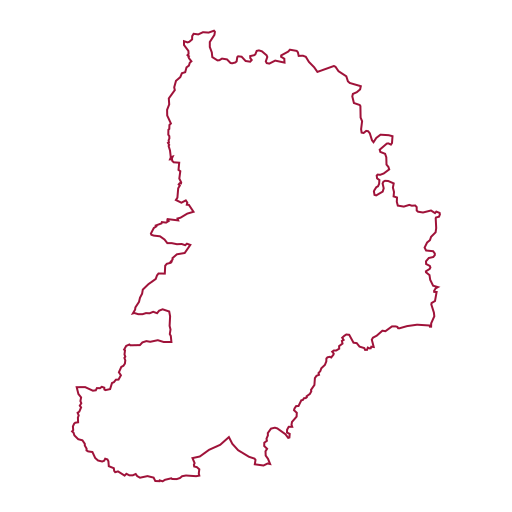 outline of Totatiche, Jalisco, Mexico
{"feature_id": "50627088B28012319931887", "entity_name": "Totatiche", "entity_type": "district", "adm_level": 2, "iso_a3": "MEX", "parent_name": "Mexico", "parent_adm1": "Jalisco", "projection": "orthographic", "projection_center": [-103.496, 21.965], "detail": "fine", "context": "isolated", "style": "outline", "palette": "rose", "viewbox_px": 512, "rotation_deg": 0, "n_neighbors": 0, "source": "geoboundaries", "source_scale": "gbopen_adm2", "svg_char_len": 6007}
<svg xmlns="http://www.w3.org/2000/svg" viewBox="0 0 512 512"><path d="M296.7,50.9L289.9,49.7L288.2,51.6L281.2,55.4L281.1,56.8L284.3,58.7L284.5,62.6L275.2,60.6L269.3,63.6L266.7,63.1L265.8,61.4L267.3,57.0L266.6,55.3L261.9,51.3L258.9,50.4L256.7,50.9L255.3,54.4L254.2,55.2L250.2,56.1L250.3,58.2L251.7,60.0L250.2,61.7L245.6,61.0L241.6,56.7L238.1,56.3L237.3,57.1L236.6,61.4L235.3,62.5L232.1,63.3L230.5,63.0L227.0,59.4L222.0,58.6L219.4,60.2L217.5,60.4L212.3,57.1L211.8,52.4L209.8,47.0L209.8,42.0L214.4,34.9L214.9,31.8L214.0,30.7L208.6,32.6L203.0,32.2L198.3,34.4L193.6,33.8L192.2,36.1L192.1,39.4L189.3,41.8L187.6,42.4L184.0,41.2L184.0,45.0L188.4,50.9L188.6,53.9L187.5,55.1L188.9,56.2L188.4,56.8L189.1,58.4L191.4,61.3L189.8,62.7L188.9,65.6L186.5,67.4L185.2,72.2L181.9,73.2L180.3,77.1L176.0,80.8L174.2,87.3L174.8,90.1L168.8,98.4L169.2,104.4L167.1,109.8L167.2,115.5L170.9,123.5L169.4,125.0L169.3,128.9L168.4,129.8L168.3,134.7L169.3,136.1L169.4,138.3L168.6,140.4L168.9,142.4L168.0,142.9L169.2,144.9L168.6,146.0L170.0,150.5L170.8,157.4L170.0,159.4L171.4,159.3L171.6,157.0L172.7,156.6L171.9,158.4L172.2,160.8L173.7,162.3L179.2,162.7L178.5,169.9L180.3,171.2L179.3,178.6L181.2,182.4L181.0,183.4L179.7,183.2L178.7,184.4L179.8,185.6L178.2,188.3L177.4,197.7L175.9,200.0L181.4,202.7L185.8,200.4L187.3,202.6L186.8,204.7L188.9,204.9L193.5,211.8L187.3,213.6L180.5,217.7L177.5,218.5L178.2,220.4L167.6,219.1L167.3,220.1L168.5,221.1L166.1,222.6L161.9,222.1L161.5,223.4L155.8,225.5L156.3,226.4L153.8,228.0L150.9,233.6L151.4,234.8L153.8,235.6L160.0,236.3L164.5,239.5L167.3,243.1L171.6,243.1L176.9,244.2L181.7,244.0L185.2,245.2L186.9,243.7L190.3,244.9L184.7,253.0L176.9,254.3L172.5,258.1L172.6,259.5L170.6,261.9L171.3,262.1L170.7,262.8L166.8,263.8L165.2,265.7L164.8,273.6L158.5,273.5L157.0,275.4L155.7,279.0L148.5,284.1L142.8,289.6L142.1,293.7L140.0,297.7L139.0,301.9L135.4,307.4L135.1,309.6L132.9,313.4L134.3,313.0L138.3,314.2L142.5,314.2L146.0,313.1L149.6,313.3L153.2,311.8L157.1,313.2L159.1,310.7L162.6,309.3L169.2,311.5L170.1,316.3L169.6,325.9L170.5,329.5L169.8,334.1L170.8,335.9L171.4,342.0L163.7,342.0L157.8,340.2L150.2,341.8L146.4,341.1L142.4,342.4L139.9,345.1L130.3,345.3L129.4,344.5L126.2,345.9L124.1,349.6L125.0,350.3L124.5,354.5L125.3,356.7L124.4,357.9L125.3,360.4L124.9,363.6L123.4,365.8L121.3,366.9L118.9,372.3L120.9,375.3L118.5,379.6L115.9,379.7L113.9,382.2L112.0,383.0L110.1,389.1L105.4,390.1L104.4,389.5L104.3,387.7L101.8,386.8L100.0,388.2L96.9,388.1L95.8,390.3L92.9,390.7L85.1,387.1L76.7,387.2L78.4,394.0L81.1,397.4L80.4,401.1L81.3,403.2L79.8,405.7L81.1,407.4L79.3,411.6L77.6,412.8L78.7,415.4L77.9,417.6L78.1,422.3L75.3,422.7L74.2,423.6L72.9,426.4L73.2,430.1L72.1,431.4L73.5,432.6L74.4,435.4L78.2,439.2L82.4,440.3L84.8,443.8L84.8,445.5L86.6,448.7L86.5,450.4L88.1,451.4L92.4,452.0L95.2,458.0L98.0,460.5L102.2,461.5L104.2,460.7L105.2,458.7L107.4,459.4L108.4,461.2L108.8,466.2L113.8,468.2L114.2,470.9L115.2,472.2L118.0,471.4L124.6,475.6L126.4,473.8L129.3,475.3L132.8,475.3L135.7,474.0L137.2,476.1L140.0,477.7L147.5,476.1L153.6,477.6L155.3,481.0L159.5,481.2L159.7,480.4L162.6,481.3L165.0,479.8L171.3,478.3L172.1,479.0L176.7,479.1L180.0,478.0L182.1,476.2L186.0,475.5L196.1,476.2L199.3,475.6L198.8,473.4L199.3,469.3L196.8,467.1L194.2,466.5L193.9,464.7L194.6,463.1L192.5,458.1L199.8,456.5L209.1,449.8L220.2,444.8L228.9,437.1L232.3,443.8L238.1,450.2L249.0,456.8L254.5,458.6L255.5,459.9L254.8,464.3L263.5,465.5L267.6,463.5L270.1,464.0L268.0,458.8L265.7,455.6L265.5,451.3L267.1,448.8L264.2,446.0L264.3,442.7L266.9,440.8L266.5,438.7L267.9,435.4L267.8,433.1L271.0,428.6L274.9,427.7L277.3,428.4L285.4,434.2L288.2,437.9L289.4,437.5L289.7,433.9L287.0,432.5L287.1,429.7L288.7,426.8L292.2,426.8L291.5,424.7L292.0,421.9L296.6,416.6L296.8,412.8L294.0,410.2L294.5,408.5L296.1,406.1L298.5,406.0L301.3,400.3L302.8,400.0L304.0,398.2L305.7,398.1L306.8,397.2L306.6,396.3L309.9,393.9L311.3,391.3L311.0,389.9L314.4,385.0L314.9,378.1L316.5,375.8L319.0,374.8L318.5,373.1L320.3,371.1L321.3,368.3L324.9,364.9L326.3,361.4L326.4,358.5L327.5,357.3L329.9,356.8L331.2,357.5L333.5,354.6L333.7,353.5L332.2,351.7L333.8,350.5L336.2,350.5L339.2,348.7L339.1,346.1L342.5,343.6L341.9,340.9L343.6,339.9L342.2,337.7L344.3,335.8L346.3,334.5L349.2,334.8L353.5,342.7L356.7,343.1L359.5,346.6L364.3,348.1L365.1,349.9L367.1,349.8L367.8,347.6L369.7,348.4L370.7,348.3L371.3,346.7L373.7,347.0L371.8,339.7L372.9,337.7L376.7,335.7L382.4,330.7L385.4,331.2L392.0,326.4L395.6,326.4L397.4,326.9L398.1,328.2L399.4,328.3L407.1,326.1L417.1,324.7L429.6,325.5L429.9,326.7L431.1,326.7L431.2,323.3L434.3,316.3L433.9,312.6L431.3,304.4L431.6,303.0L435.0,301.0L436.6,292.0L434.2,291.9L434.1,290.9L435.6,288.4L437.9,287.1L433.1,285.7L430.2,279.8L429.5,275.1L426.0,272.3L425.9,271.3L429.7,268.9L430.4,267.5L429.8,265.9L426.1,264.0L426.0,261.3L428.8,258.0L433.3,257.0L434.8,255.1L434.8,253.5L433.1,251.2L426.1,250.5L424.6,247.6L427.1,242.5L429.9,240.2L431.1,236.8L435.6,232.3L436.2,228.1L435.7,218.2L436.0,217.5L439.0,216.7L439.9,214.4L439.6,212.9L436.3,211.6L435.0,213.1L431.0,210.5L423.0,212.5L418.0,211.7L416.7,210.5L416.7,207.1L415.2,205.5L411.8,205.7L409.3,204.9L403.8,206.6L397.8,205.6L396.8,201.8L397.0,197.5L393.6,196.4L394.0,192.0L392.9,187.6L393.7,183.4L388.2,181.0L385.0,180.8L383.4,181.7L382.6,183.5L383.7,188.3L382.7,191.6L376.2,195.4L374.5,194.9L373.9,191.3L374.4,190.2L376.3,187.2L378.0,186.3L379.1,183.9L379.4,180.0L377.1,178.4L376.7,175.6L377.6,174.6L380.2,174.8L383.7,173.5L389.2,169.4L388.4,166.9L386.5,164.6L386.3,157.3L385.1,153.8L380.3,151.9L379.7,149.7L386.8,143.6L388.4,143.4L390.9,144.6L392.0,143.0L392.5,136.2L388.7,135.2L380.5,134.7L376.3,137.9L373.5,142.2L372.0,140.3L369.8,133.3L368.1,131.2L366.2,130.9L363.6,133.0L361.6,132.6L361.1,129.2L362.1,121.2L360.6,117.6L360.4,106.1L359.7,105.0L353.9,103.0L352.3,96.4L352.9,93.9L356.8,92.2L360.1,89.4L360.8,86.2L349.8,83.0L347.9,81.3L346.3,76.3L338.5,71.2L335.5,66.8L333.9,66.0L317.4,71.9L314.2,67.3L308.9,61.9L305.8,56.8L302.9,55.7L298.7,55.9L297.9,52.3L296.7,50.9Z" fill="none" stroke="#9f1239" stroke-width="2"/></svg>